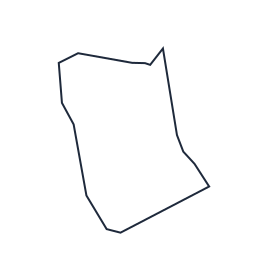 SVG path tracing the border of Ljubno, rotated 151°
{"feature_id": "SVN-963", "entity_name": "Ljubno", "entity_type": "Municipality", "adm_level": 1, "iso_a3": "SVN", "parent_name": "Slovenia", "parent_adm1": "", "projection": "mercator", "projection_center": [14.843, 46.37], "detail": "fine", "context": "isolated", "style": "outline", "palette": "slate", "viewbox_px": 256, "rotation_deg": 151, "n_neighbors": 0, "source": "natural_earth", "source_scale": "10m", "svg_char_len": 342}
<svg xmlns="http://www.w3.org/2000/svg" viewBox="0 0 256 256"><g transform="rotate(151 128 128)"><path d="M185.3,40.1L195.7,49.9L197.1,89.1L173.8,157.5L173.6,182.0L157.0,218.5L135.4,217.6L92.8,183.0L81.7,176.5L78.0,172.5L58.9,180.6L88.6,98.1L91.1,80.5L87.2,64.4L85.4,37.5L185.3,40.1Z" fill="none" stroke="#1e293b" stroke-width="2"/></g></svg>